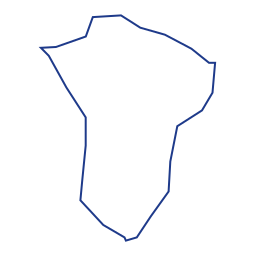 Bjuv, Skåne, Sweden (orthographic projection)
{"feature_id": "70781695B11789611241227", "entity_name": "Bjuv", "entity_type": "district", "adm_level": 2, "iso_a3": "SWE", "parent_name": "Sweden", "parent_adm1": "Skåne", "projection": "orthographic", "projection_center": [12.999, 56.072], "detail": "fine", "context": "isolated", "style": "outline", "palette": "blue", "viewbox_px": 256, "rotation_deg": 0, "n_neighbors": 0, "source": "geoboundaries", "source_scale": "gbopen_adm2", "svg_char_len": 428}
<svg xmlns="http://www.w3.org/2000/svg" viewBox="0 0 256 256"><path d="M125.9,240.6L136.8,237.4L150.9,216.2L168.6,191.5L170.3,161.5L177.3,126.2L202.0,110.4L212.5,92.7L215.1,62.8L209.0,62.8L191.4,48.7L164.9,34.7L140.3,27.7L121.0,15.4L92.8,17.1L85.8,36.5L55.9,47.0L40.9,47.8L48.8,55.8L66.4,87.5L85.7,117.4L85.7,145.6L82.2,180.9L80.4,200.3L103.3,225.0L124.5,237.4L125.9,240.6Z" fill="none" stroke="#1e3a8a" stroke-width="2"/></svg>